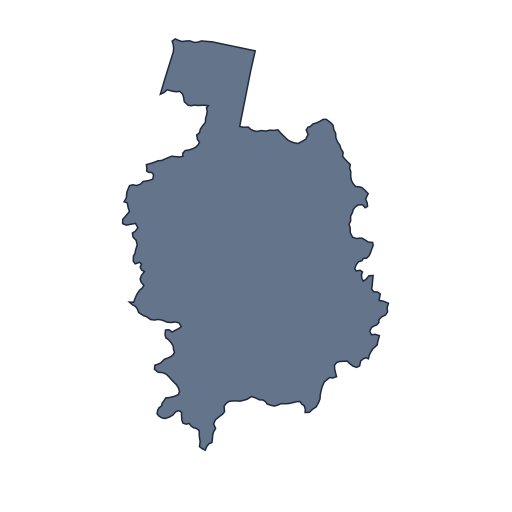 outline of Pancas, Espírito Santo, Brazil, rotated 12°
{"feature_id": "56859067B19948054793148", "entity_name": "Pancas", "entity_type": "district", "adm_level": 2, "iso_a3": "BRA", "parent_name": "Brazil", "parent_adm1": "Espírito Santo", "projection": "orthographic", "projection_center": [-40.82, -19.149], "detail": "fine", "context": "isolated", "style": "filled", "palette": "slate", "viewbox_px": 512, "rotation_deg": 12, "n_neighbors": 0, "source": "geoboundaries", "source_scale": "gbopen_adm2", "svg_char_len": 4726}
<svg xmlns="http://www.w3.org/2000/svg" viewBox="0 0 512 512"><g transform="rotate(12 256 256)"><path d="M141.7,327.4L145.4,329.5L148.3,330.2L151.0,332.5L152.9,335.6L155.8,336.8L158.6,337.7L161.8,338.2L166.1,340.1L170.3,339.7L173.0,338.5L176.5,338.2L179.1,338.5L182.4,339.2L186.5,338.8L190.9,337.3L194.7,337.5L197.6,340.6L195.8,342.8L192.5,345.4L189.8,347.8L186.1,346.2L182.9,347.2L183.3,351.7L184.8,354.8L187.5,355.9L190.4,357.9L193.6,361.1L194.8,364.7L196.3,367.1L195.5,369.7L193.9,371.9L191.0,374.1L188.0,375.9L184.9,380.5L182.1,382.5L179.8,383.8L180.2,387.9L184.5,390.1L188.8,389.5L192.8,390.3L196.2,392.4L199.6,395.0L205.0,398.5L207.4,401.0L209.3,404.3L208.9,407.7L204.7,410.6L200.8,412.4L197.2,413.6L196.1,416.7L194.8,419.4L194.8,422.2L192.5,424.9L191.9,427.6L192.0,430.9L194.1,432.6L197.1,433.8L200.6,434.0L204.9,431.5L207.6,429.0L210.0,424.9L212.7,423.3L215.6,424.3L216.4,427.7L217.7,432.3L219.4,434.7L222.8,435.0L225.4,433.7L227.6,435.6L230.5,437.0L233.2,437.0L236.7,438.5L237.6,442.5L238.6,445.8L240.0,449.3L240.3,454.2L243.7,455.8L246.7,456.5L247.5,452.4L249.1,449.3L251.7,447.6L251.4,444.0L250.9,440.1L251.1,436.7L252.4,433.1L249.5,429.2L250.3,424.8L252.6,421.8L254.3,419.8L256.2,417.7L257.6,414.8L256.0,409.4L257.8,405.9L259.9,403.8L262.7,402.8L267.0,401.8L270.7,401.3L273.5,399.9L277.0,398.1L280.8,394.4L285.5,395.0L289.2,396.0L292.7,395.4L295.7,396.6L297.7,398.5L301.4,398.9L305.1,399.0L308.2,397.4L311.0,395.3L314.6,394.6L318.5,393.6L322.7,391.7L326.4,389.9L329.3,389.3L331.5,391.3L334.2,392.4L336.1,395.6L336.6,398.9L340.7,397.8L343.2,394.2L346.3,390.9L347.8,385.9L348.3,382.3L347.7,378.5L347.7,373.6L348.0,369.5L349.0,364.9L351.3,362.1L353.3,359.6L356.4,359.4L359.9,357.3L357.8,353.1L356.4,350.1L355.5,346.5L357.2,343.2L359.9,341.8L363.0,340.9L367.2,339.9L370.1,341.8L373.9,343.6L377.6,344.0L380.2,342.0L380.2,337.0L382.3,334.3L384.7,332.6L387.3,333.2L387.5,328.9L388.3,325.9L389.7,322.3L393.0,317.9L392.9,313.7L393.3,308.3L389.0,307.8L385.4,309.0L382.9,306.0L383.9,301.9L385.9,299.9L388.2,298.5L390.0,295.7L389.5,292.6L391.9,289.1L394.9,286.9L396.3,283.3L395.0,279.2L395.4,274.7L390.3,273.7L385.7,273.8L385.5,270.6L385.5,267.3L382.3,265.9L378.8,266.6L376.0,264.4L375.8,260.8L375.1,255.1L374.6,250.7L370.6,251.8L368.5,255.9L366.1,258.3L364.3,256.1L363.1,252.7L363.5,249.4L360.7,248.3L357.2,249.8L355.2,247.9L355.8,243.8L357.5,240.3L360.6,238.6L361.5,236.0L364.5,235.3L366.6,232.2L367.2,229.5L367.9,224.5L368.4,221.2L367.3,218.5L362.8,219.0L359.1,217.5L356.1,216.5L353.4,217.0L351.0,218.0L346.6,217.6L343.3,213.5L342.3,208.9L340.4,205.7L341.3,202.0L340.3,197.5L341.3,193.3L341.5,190.4L342.6,187.8L345.2,184.9L349.6,183.7L352.7,186.1L354.8,184.3L353.7,180.8L351.4,177.6L352.0,174.6L352.8,171.7L349.9,169.7L345.9,167.3L343.3,166.8L339.0,167.3L335.6,164.8L333.7,162.3L332.1,158.5L331.1,153.6L329.4,150.8L329.2,146.8L326.6,145.3L323.0,142.9L320.0,140.4L319.7,136.5L317.0,133.7L314.9,130.1L311.9,127.3L309.5,123.6L308.4,119.4L305.9,116.4L304.2,112.1L301.7,110.3L299.2,109.0L296.2,107.7L293.1,108.5L290.7,110.8L287.6,113.2L284.2,115.0L282.3,117.9L280.0,119.3L278.9,122.3L281.7,126.3L280.3,131.5L277.1,134.4L273.8,137.2L269.3,137.3L266.0,136.8L262.9,135.9L259.8,133.9L254.9,130.8L251.1,128.0L247.7,129.4L243.4,130.0L239.8,131.7L235.0,132.2L231.2,133.9L228.0,134.0L224.5,133.2L221.7,131.5L216.8,132.7L213.1,132.7L212.3,75.1L212.6,55.5L182.3,55.6L168.8,55.6L157.8,57.0L154.2,59.2L150.9,59.9L146.4,59.3L143.0,60.2L139.0,61.6L135.4,61.2L131.9,60.4L129.3,63.2L131.0,66.2L132.2,69.7L132.7,73.4L129.8,104.2L128.8,117.7L132.1,115.2L134.5,111.9L140.2,112.2L144.0,111.9L147.3,110.8L150.7,113.1L152.4,116.4L153.8,120.0L158.3,122.7L161.4,122.5L164.4,121.2L168.1,120.8L171.2,120.0L174.3,119.2L178.1,118.9L176.7,121.3L178.1,124.2L178.4,127.8L178.1,132.0L178.7,135.9L176.6,139.9L175.2,143.4L175.1,147.2L172.8,149.9L174.5,154.2L177.1,156.6L176.2,159.3L174.5,162.0L172.1,164.0L168.6,166.1L164.8,167.6L163.0,170.6L163.7,173.8L160.7,175.0L157.0,175.5L152.9,175.9L150.3,177.6L147.0,179.9L143.8,182.2L140.2,183.3L136.8,185.6L132.9,187.8L129.8,189.4L131.0,193.0L131.4,195.7L134.0,196.5L136.7,196.0L138.9,197.8L139.1,202.2L136.0,204.2L133.1,205.4L130.1,206.6L128.1,209.7L124.3,212.0L120.8,211.9L117.7,213.4L117.1,216.2L116.4,220.5L117.1,226.0L115.7,230.4L119.1,230.8L120.2,233.7L121.4,236.3L123.0,238.7L119.8,244.8L118.0,247.9L118.8,252.1L122.6,252.8L131.3,249.2L134.6,252.9L132.8,256.9L130.3,259.2L131.9,263.2L135.4,265.5L137.5,269.8L137.0,275.3L137.1,278.9L136.1,281.4L137.0,286.5L139.4,288.8L143.4,286.4L145.7,287.8L145.0,290.9L147.1,293.6L150.1,294.3L148.1,298.5L147.4,302.4L149.0,305.4L152.5,308.2L151.3,311.1L149.3,313.6L147.4,318.3L146.4,323.3L146.0,326.6L141.7,327.4Z" fill="#64748b" stroke="#1e293b" stroke-width="1.5"/></g></svg>